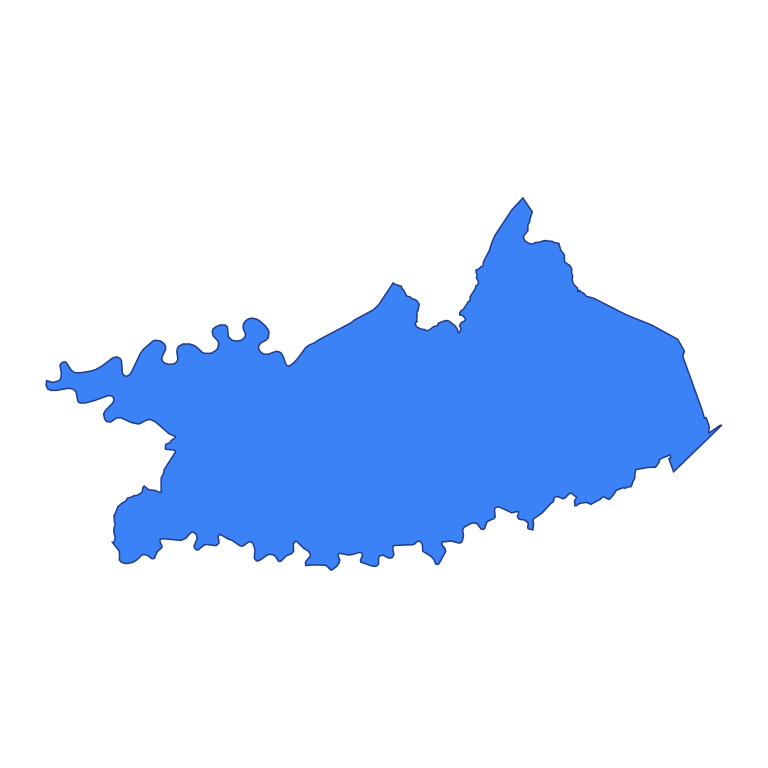 outline of Long My, Hau Giang, Vietnam
{"feature_id": "81297802B29776873812270", "entity_name": "Long My", "entity_type": "district", "adm_level": 2, "iso_a3": "VNM", "parent_name": "Vietnam", "parent_adm1": "Hau Giang", "projection": "orthographic", "projection_center": [105.504, 9.679], "detail": "fine", "context": "isolated", "style": "filled", "palette": "blue", "viewbox_px": 768, "rotation_deg": 0, "n_neighbors": 0, "source": "geoboundaries", "source_scale": "gbopen_adm2", "svg_char_len": 6103}
<svg xmlns="http://www.w3.org/2000/svg" viewBox="0 0 768 768"><path d="M112.4,542.4L118.9,550.5L119.6,554.3L119.3,559.9L121.5,562.4L126.2,563.6L132.1,562.6L136.5,560.2L142.4,554.6L146.9,555.0L152.0,558.8L154.4,558.3L157.1,551.9L161.9,547.6L162.0,546.3L160.0,541.7L159.9,540.1L160.5,539.2L164.0,538.8L180.9,540.4L185.9,538.3L190.5,532.9L192.2,532.1L194.5,532.7L196.5,535.0L197.1,538.6L194.0,546.1L194.7,548.1L196.4,549.9L198.3,549.8L204.3,545.0L206.4,544.4L216.1,545.7L218.8,543.3L218.8,540.1L218.0,536.8L219.2,534.5L221.9,535.2L228.1,539.0L232.4,540.5L239.7,545.7L241.9,546.2L243.9,545.5L248.5,542.0L250.8,541.8L252.6,542.9L254.2,546.6L255.0,550.5L254.3,558.1L256.3,560.8L257.9,561.0L260.8,559.7L265.9,555.9L268.3,554.6L270.4,554.4L272.8,554.8L275.2,556.1L278.4,561.0L279.8,561.5L281.1,561.1L286.0,556.0L291.8,553.5L293.6,551.2L293.4,543.8L295.1,541.5L296.9,541.5L303.6,548.2L308.6,551.3L310.5,554.7L310.1,556.3L305.9,561.3L305.3,563.0L305.9,565.6L313.0,564.9L325.4,565.2L327.4,566.5L330.4,569.8L331.8,570.1L336.5,566.5L339.3,562.6L339.7,559.9L338.1,555.6L338.8,553.7L339.8,553.3L348.2,555.0L353.1,554.4L358.7,552.5L360.3,552.5L361.4,552.9L362.5,554.5L362.0,556.7L360.4,560.0L360.8,562.2L372.3,566.1L376.0,566.3L377.7,565.2L378.6,563.7L378.6,557.9L379.6,555.8L383.1,555.1L388.7,558.1L391.4,557.9L392.5,557.2L393.9,554.3L392.9,549.8L392.9,546.0L395.0,545.4L412.8,544.7L414.8,543.9L417.2,541.5L418.9,541.0L421.0,542.1L421.8,543.3L422.5,545.8L422.7,551.1L431.2,556.5L434.0,559.7L435.6,563.9L437.4,564.5L439.0,563.6L445.7,551.6L445.0,548.6L442.2,544.9L441.8,542.1L451.0,541.0L458.7,543.0L460.7,542.9L462.3,541.1L463.5,535.9L462.7,530.2L463.3,528.4L464.5,526.9L470.8,523.6L473.4,522.9L476.8,523.4L481.2,529.1L483.5,529.4L484.6,528.5L486.7,522.5L488.2,521.1L493.9,518.6L495.2,517.0L494.5,509.6L495.0,508.2L496.7,507.0L498.2,506.9L502.5,508.4L511.7,512.8L517.9,511.4L518.5,512.0L518.4,513.8L517.4,516.5L518.2,518.4L519.6,519.4L523.5,519.8L525.8,520.8L528.3,523.3L527.7,527.2L528.1,528.7L532.8,529.9L533.6,523.5L532.9,520.7L533.6,518.9L542.1,513.0L549.9,504.4L553.4,501.6L554.0,498.4L554.9,497.1L556.6,496.5L558.5,496.9L563.0,498.8L565.4,497.7L569.4,493.4L571.5,493.3L576.6,497.3L574.5,501.2L574.9,505.8L576.2,505.8L579.9,503.3L586.3,502.4L590.9,504.3L599.9,499.5L603.2,496.6L608.8,499.4L610.3,498.5L613.7,494.5L616.5,490.2L622.8,487.8L625.2,488.2L628.7,486.8L630.8,486.8L632.2,484.4L632.4,482.6L634.7,478.3L635.1,472.1L635.8,469.6L648.6,467.4L655.4,467.3L658.8,462.8L659.6,459.6L663.0,457.6L669.9,455.1L670.9,457.9L668.9,458.7L673.6,471.8L721.9,425.0L719.7,425.6L709.3,432.8L708.6,432.6L709.3,427.0L708.7,424.9L706.1,417.7L704.5,418.2L704.3,417.7L701.5,408.2L682.8,356.5L684.4,351.1L677.7,339.3L651.6,325.0L626.7,315.0L593.6,298.2L586.4,296.3L583.8,293.3L581.0,292.0L579.8,290.4L577.6,291.6L577.9,289.7L577.3,288.0L573.8,284.3L572.7,282.1L572.2,279.5L572.6,275.1L571.7,273.5L571.6,268.3L570.2,265.9L564.6,261.9L564.3,254.7L560.7,250.1L558.9,243.4L554.1,242.5L551.9,241.2L549.8,241.3L546.2,240.5L543.5,240.8L539.4,242.2L535.4,242.5L533.4,243.9L531.4,244.0L529.9,243.8L525.4,241.3L523.8,238.8L523.5,236.1L527.9,230.7L527.9,224.7L529.6,222.1L530.0,218.7L532.3,211.9L522.9,197.9L512.1,209.5L495.3,234.8L492.1,241.9L489.3,250.6L483.5,261.6L483.0,266.0L480.8,266.8L479.1,268.8L476.1,270.0L476.2,272.9L477.5,275.1L476.3,277.5L478.1,281.1L478.4,283.3L477.9,284.4L475.9,285.8L475.5,288.3L470.1,296.9L470.1,300.2L468.1,302.0L463.0,309.8L461.2,310.5L459.8,312.8L459.7,314.9L462.5,315.4L465.2,318.5L465.5,319.6L464.7,320.8L461.8,322.3L460.3,323.9L459.6,326.0L460.8,328.0L460.6,329.8L460.1,331.8L458.3,332.7L457.6,329.9L455.5,326.3L449.1,321.1L447.0,320.6L445.4,320.5L438.5,323.1L437.1,326.0L434.2,326.3L428.3,330.6L425.4,330.3L424.1,329.3L421.7,329.4L416.3,326.7L415.2,323.2L417.1,321.4L416.5,319.8L417.1,316.9L416.8,312.2L418.0,310.6L419.2,304.3L417.1,301.0L415.4,299.7L411.6,298.5L410.4,297.1L406.6,296.0L403.9,290.5L402.3,289.1L401.4,286.3L394.8,284.2L393.2,282.9L378.7,304.7L373.3,309.8L354.3,320.1L351.1,322.8L317.7,340.4L314.8,342.7L309.1,345.1L305.8,347.5L297.7,358.5L293.7,362.9L289.2,366.1L286.7,365.5L286.0,364.6L283.2,356.5L281.3,353.2L279.4,351.9L276.1,351.3L268.7,354.1L265.0,354.3L262.6,353.5L259.9,351.2L258.4,347.6L259.2,344.9L261.7,342.4L265.2,340.7L268.3,337.9L269.0,332.1L268.1,329.6L265.0,325.6L259.7,320.9L256.5,319.0L251.4,318.1L247.9,319.2L245.7,320.8L243.9,323.1L243.2,325.3L243.1,328.4L245.3,333.4L245.5,335.5L244.4,337.8L240.8,340.5L235.8,341.1L231.5,340.0L228.3,336.4L227.4,326.9L225.1,325.0L220.0,325.0L215.2,327.2L212.9,329.3L212.3,331.3L213.1,335.9L217.4,340.3L218.8,343.1L217.7,348.5L215.0,351.1L210.7,353.4L204.2,353.3L202.3,352.4L197.0,347.4L193.9,345.4L189.6,344.0L183.0,344.0L178.7,346.3L177.4,348.5L176.8,351.6L177.7,357.7L177.6,360.4L175.3,363.2L172.9,364.2L168.2,364.2L164.7,363.2L162.3,361.0L161.8,357.3L165.7,349.4L165.3,345.6L163.6,343.2L160.2,340.8L155.2,340.3L153.1,340.9L143.3,349.3L140.5,353.2L131.6,371.8L129.6,374.7L126.8,376.2L124.5,375.8L122.4,373.3L121.5,361.0L120.1,358.4L116.7,356.8L112.5,358.0L102.1,366.0L96.1,369.4L91.6,370.9L82.2,372.6L75.2,372.8L73.5,372.0L71.0,369.8L66.2,362.4L64.5,361.8L62.3,362.4L60.4,364.2L60.0,365.6L61.4,373.3L60.8,378.5L59.3,380.5L54.6,382.2L52.7,382.3L46.6,380.7L46.1,385.4L47.7,388.9L50.9,390.4L56.1,390.4L68.4,388.3L73.1,389.0L76.1,392.1L77.7,400.6L78.5,402.2L80.2,403.0L85.2,403.0L95.0,400.4L108.0,395.6L111.4,395.8L113.6,397.6L113.7,401.3L111.9,404.0L105.6,410.2L103.7,413.8L104.4,418.4L106.4,421.4L110.5,422.1L116.1,418.2L118.7,417.7L121.2,417.9L131.3,422.5L138.1,424.0L140.0,423.6L146.4,420.1L150.4,419.5L155.5,421.9L169.1,433.8L175.7,436.7L174.3,438.5L171.4,440.3L169.7,442.8L166.3,444.0L165.6,445.2L165.3,448.4L165.9,449.4L173.7,449.9L174.9,450.7L175.4,452.1L164.1,469.7L163.4,473.8L161.2,477.9L161.1,492.4L160.7,492.7L154.7,490.3L149.0,489.9L144.2,486.1L143.0,487.3L141.9,492.6L137.3,495.3L133.9,495.7L131.3,497.1L127.7,498.0L125.7,501.1L122.0,503.1L117.8,506.8L115.5,513.1L114.0,515.3L114.4,521.5L115.3,525.3L114.0,527.5L113.8,532.1L115.3,538.1L113.8,542.3L112.4,542.4Z" fill="#3b82f6" stroke="#1e3a8a" stroke-width="1.5"/></svg>